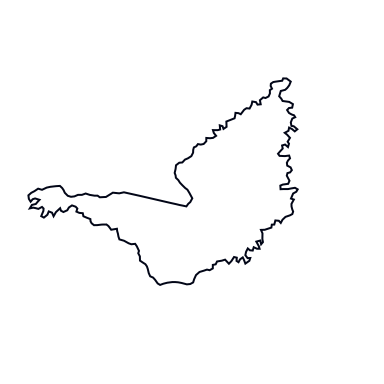 the district of Mandaguari, Paraná, Brazil, rotated 56°
{"feature_id": "56859067B2319908604848", "entity_name": "Mandaguari", "entity_type": "district", "adm_level": 2, "iso_a3": "BRA", "parent_name": "Brazil", "parent_adm1": "Paraná", "projection": "robinson", "projection_center": [-51.721, -23.489], "detail": "fine", "context": "isolated", "style": "outline", "palette": "ink", "viewbox_px": 384, "rotation_deg": 56, "n_neighbors": 0, "source": "geoboundaries", "source_scale": "gbopen_adm2", "svg_char_len": 3673}
<svg xmlns="http://www.w3.org/2000/svg" viewBox="0 0 384 384"><g transform="rotate(56 192 192)"><path d="M267.3,135.7L265.6,132.5L264.9,128.4L266.1,123.9L266.4,121.2L264.8,119.1L262.5,118.6L259.7,117.6L257.5,116.2L255.2,111.8L252.8,113.6L249.8,109.0L250.1,105.4L248.9,102.9L246.1,104.3L244.5,107.8L243.3,110.7L240.6,114.7L239.2,117.0L236.1,115.2L236.6,112.6L239.0,107.7L237.2,104.9L231.5,104.3L229.7,102.3L230.6,99.7L229.7,97.0L226.7,96.5L223.4,98.3L220.8,97.0L219.6,94.8L218.9,91.9L216.1,91.1L214.2,94.9L211.0,99.2L208.4,99.3L207.6,96.3L206.7,92.5L203.8,91.3L204.7,88.3L208.4,87.3L206.2,84.6L203.8,84.6L201.9,80.5L197.7,81.1L194.8,82.0L195.2,77.8L192.9,75.5L195.7,73.9L199.2,72.9L198.9,69.6L194.4,70.9L192.8,72.6L189.6,71.2L187.2,67.8L187.7,64.6L185.5,64.5L183.5,66.0L180.7,67.4L177.2,67.3L176.6,64.6L178.1,61.8L175.6,59.2L171.7,61.0L167.2,66.0L164.5,65.8L161.4,66.2L157.9,61.9L159.4,57.6L159.0,54.9L157.9,51.7L155.7,48.4L150.8,50.1L148.8,52.9L150.2,55.0L148.9,57.6L147.5,60.5L146.3,63.1L146.3,66.0L148.1,67.5L151.1,67.9L151.1,70.5L153.9,72.3L155.6,75.1L155.2,78.5L153.4,80.1L153.9,84.4L157.7,86.0L156.2,88.8L153.3,88.7L150.7,91.4L153.0,93.8L155.0,97.6L153.0,100.0L153.0,102.8L154.8,108.1L152.6,109.4L150.7,111.7L152.8,113.5L154.7,115.5L153.9,119.1L152.8,124.1L157.3,126.9L157.3,130.6L154.5,129.9L152.3,131.7L155.9,133.7L155.1,136.1L152.4,140.0L155.3,140.9L158.9,140.6L158.9,144.3L157.5,147.0L155.2,149.9L157.9,151.8L158.7,155.5L157.6,158.2L155.6,160.3L156.5,162.9L156.1,165.5L157.7,167.4L160.0,169.1L161.9,172.5L161.8,176.6L161.2,179.7L162.1,183.5L160.6,186.2L160.9,190.3L163.7,192.7L166.5,195.7L169.0,196.3L171.2,197.4L174.5,196.7L177.5,196.8L181.1,196.2L185.0,195.4L187.5,194.5L191.5,194.7L197.4,195.3L199.4,199.1L199.7,201.7L200.8,204.7L197.8,207.6L195.8,209.6L193.5,211.7L189.5,215.5L165.6,237.8L154.2,248.6L152.4,253.1L148.3,258.0L148.0,266.1L144.8,271.4L142.3,272.3L140.6,274.8L137.3,278.3L133.8,281.0L132.8,284.9L130.6,288.2L129.9,291.9L128.3,295.0L125.7,297.1L121.5,297.9L118.7,297.4L116.1,297.4L113.1,298.1L111.1,301.5L108.5,306.5L107.1,310.0L106.3,315.1L103.2,317.7L103.2,322.2L102.8,325.7L103.3,329.5L106.5,331.1L109.8,331.2L108.9,328.1L109.6,325.7L113.2,322.8L113.9,325.8L114.6,328.2L113.2,331.9L114.9,335.6L116.2,332.4L117.9,330.7L120.1,328.8L120.5,324.7L122.7,324.3L124.6,325.8L127.7,330.5L130.4,329.1L130.0,324.6L128.0,321.6L130.9,319.6L134.7,320.3L132.6,316.1L131.7,310.4L134.2,311.1L136.7,309.8L137.4,305.6L136.0,302.7L136.0,299.0L139.1,296.7L141.6,296.3L143.6,298.8L146.3,297.1L148.5,294.4L151.4,295.6L154.8,293.4L157.6,291.4L159.6,292.5L161.8,292.7L164.7,291.8L166.4,289.2L168.5,285.1L171.1,281.1L173.5,280.3L178.1,280.1L180.5,274.8L182.6,275.9L185.1,276.7L187.8,277.9L190.7,278.7L194.4,275.6L199.1,273.2L201.4,271.5L203.2,268.1L206.1,268.1L211.2,268.9L212.7,270.8L216.2,271.2L219.8,273.5L222.8,272.3L225.8,271.0L228.5,271.0L231.1,271.7L235.0,273.2L238.5,273.8L241.2,272.1L244.1,271.7L248.6,271.6L251.2,270.4L252.0,267.1L253.4,263.2L255.6,258.8L257.1,256.5L259.2,253.9L261.6,251.5L265.7,247.9L267.3,244.9L267.6,241.6L265.5,239.0L263.1,235.1L262.5,230.5L263.9,226.0L264.7,223.0L266.7,221.1L267.0,217.5L264.1,215.5L265.2,212.8L263.6,210.1L265.6,205.7L266.6,202.4L272.1,201.5L271.3,197.9L269.4,193.5L271.5,191.6L274.0,193.6L276.2,192.7L274.7,189.8L274.6,186.5L277.4,186.9L281.2,187.8L281.1,182.9L279.3,180.6L277.9,182.9L274.2,183.1L271.8,180.6L270.0,177.3L272.7,176.6L274.5,174.4L272.3,171.7L275.3,169.9L276.8,167.7L274.2,166.9L269.1,166.4L270.4,162.6L274.0,163.9L273.2,161.2L270.4,160.0L265.7,156.7L262.0,156.0L264.0,152.8L265.9,146.1L263.7,144.1L265.0,142.0L262.2,138.8L264.4,136.1L267.3,135.7Z" fill="none" stroke="#020617" stroke-width="2"/></g></svg>